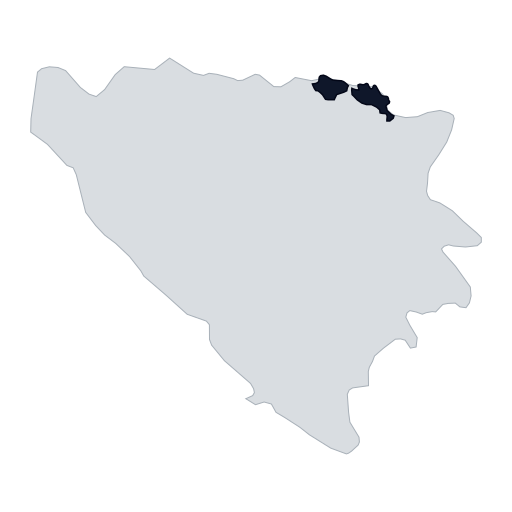 where Posavina sits in Bosnia and Herzegovina
{"feature_id": "BIH-3153", "entity_name": "Posavina", "entity_type": "Canton", "adm_level": 1, "iso_a3": "BIH", "parent_name": "Bosnia and Herzegovina", "parent_adm1": "", "projection": "robinson", "projection_center": [18.542, 44.999], "detail": "fine", "context": "in_parent", "style": "filled", "palette": "ink", "viewbox_px": 512, "rotation_deg": 0, "n_neighbors": 0, "source": "natural_earth", "source_scale": "10m", "svg_char_len": 3052}
<svg xmlns="http://www.w3.org/2000/svg" viewBox="0 0 512 512"><path d="M453.2,115.3L454.2,118.5L451.6,129.9L446.7,142.1L438.7,154.9L430.3,166.9L428.1,173.2L427.5,183.3L426.5,191.3L427.7,195.6L430.4,199.7L439.8,202.9L452.4,210.8L463.2,221.3L476.9,233.1L481.3,237.5L481.3,242.2L477.3,245.7L465.5,247.0L453.3,246.0L448.6,244.8L444.2,246.2L441.5,248.9L443.0,252.1L455.6,266.4L470.3,287.0L471.1,295.9L469.4,302.9L466.0,307.7L459.9,306.9L455.3,303.1L448.3,303.4L442.8,304.4L435.7,311.9L432.2,311.6L426.1,312.7L422.3,314.2L416.2,312.0L409.8,310.6L407.0,312.9L405.8,317.2L409.8,325.2L417.2,337.6L416.1,347.0L410.4,348.1L405.2,340.2L400.6,338.9L395.3,339.2L383.3,348.3L374.5,356.0L372.5,361.4L369.3,367.3L368.3,371.5L368.5,385.7L352.6,387.9L349.2,390.0L347.3,394.3L348.6,412.4L349.9,422.2L359.0,437.2L359.4,442.0L358.1,445.1L351.6,451.1L348.5,453.2L346.4,453.9L335.8,450.0L330.7,448.1L309.4,434.8L300.0,427.4L285.2,417.8L276.0,412.3L271.4,404.0L264.1,402.0L255.5,404.7L245.8,398.7L252.7,395.6L254.4,392.6L253.6,388.7L250.6,383.5L224.4,360.7L211.6,345.1L209.5,339.5L209.4,324.7L206.4,321.1L187.2,314.3L165.8,295.0L143.8,276.1L140.8,270.8L129.5,256.5L115.7,243.4L104.7,235.1L95.7,225.6L85.7,212.4L80.7,192.4L76.3,174.7L73.2,167.8L66.9,165.4L47.4,144.3L30.7,132.1L31.0,118.8L34.1,96.8L37.5,72.1L41.6,68.7L49.3,66.8L58.0,67.5L65.6,70.6L80.4,87.5L89.0,94.1L96.2,96.6L104.7,89.5L115.2,74.6L124.2,66.7L154.6,69.5L169.6,58.1L193.6,73.2L203.5,75.4L209.1,73.3L216.8,74.3L233.7,78.7L237.6,80.6L242.7,80.2L255.2,74.3L259.5,75.1L273.8,86.6L280.9,86.8L289.6,81.8L295.2,77.5L311.6,80.7L321.1,78.7L328.9,78.6L337.4,80.5L345.1,83.2L352.6,85.5L373.0,86.7L382.7,94.1L386.6,101.2L386.7,105.6L387.7,110.3L393.3,114.9L405.6,117.6L413.3,117.0L417.4,116.7L427.8,112.5L440.1,110.4L449.0,112.8L453.2,115.3Z" fill="#d9dde1" stroke="#a8b0b8" stroke-width="1"/><path d="M351.9,88.3L352.9,88.8L356.0,89.8L358.8,89.9L358.6,87.9L358.0,86.1L358.1,85.2L358.1,84.9L359.8,84.2L360.7,84.3L362.6,84.7L363.6,84.7L364.3,84.5L366.0,83.6L366.7,83.5L367.6,83.8L368.1,84.5L368.9,86.4L369.6,87.5L370.4,88.5L371.4,88.9L372.5,88.3L372.8,87.6L373.1,86.8L373.4,85.9L374.0,85.4L374.8,85.3L375.5,85.7L376.1,86.3L380.4,94.1L381.8,95.6L383.2,96.1L386.5,96.4L387.3,96.7L387.8,97.1L388.1,97.7L388.4,98.6L388.5,98.9L388.5,99.6L388.6,100.1L388.8,100.5L389.4,101.2L389.6,101.7L389.2,103.1L386.7,104.9L385.9,106.3L387.1,110.5L391.1,114.3L394.0,115.9L393.8,116.4L393.2,118.3L389.8,121.0L386.9,121.0L386.9,119.4L387.2,116.5L386.7,114.5L385.5,113.6L382.4,113.4L380.1,112.9L379.7,109.8L376.6,107.1L371.6,104.6L366.6,104.6L361.9,103.1L357.3,99.9L353.7,96.1L352.1,94.6L351.7,90.0L351.9,88.3ZM323.4,75.2L326.2,76.2L331.5,79.5L333.3,80.2L341.5,80.8L343.7,81.7L345.7,83.2L348.4,85.7L347.4,87.5L346.7,90.8L343.8,92.2L339.9,93.5L336.6,94.6L335.7,96.6L334.8,98.4L334.3,99.7L331.8,99.7L328.0,99.7L325.5,99.3L322.6,94.8L320.1,92.4L318.0,90.8L315.8,90.6L314.4,88.6L312.6,84.7L312.4,83.9L313.6,83.8L316.0,83.4L318.1,82.3L318.9,80.8L319.0,78.9L319.3,77.1L320.5,75.7L323.4,75.2Z" fill="#0f172a" stroke="#020617" stroke-width="1.5"/></svg>